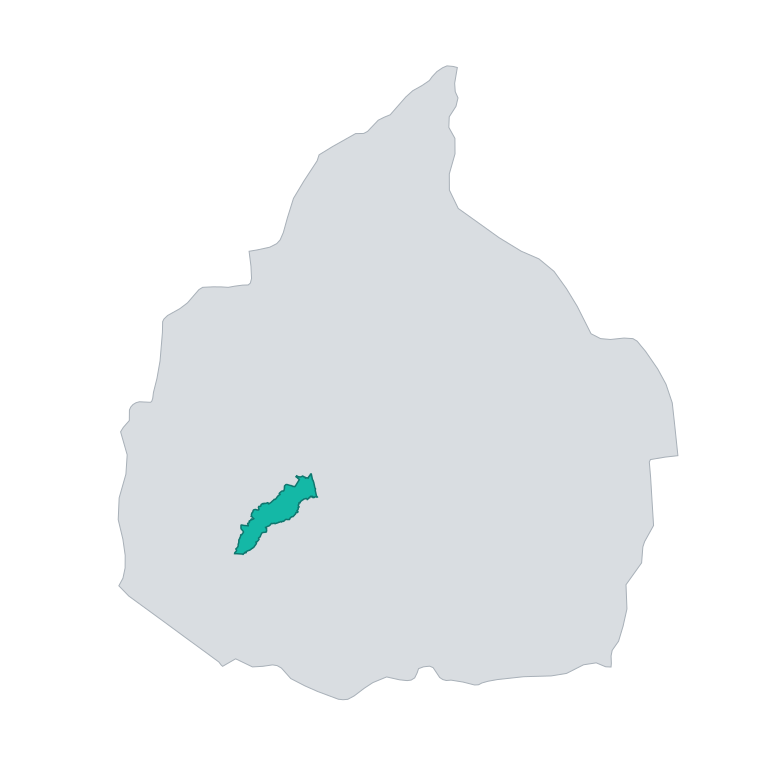 Chivi, Masvingo, Zimbabwe (highlighted), rotated 84°
{"feature_id": "62879985B12004776276546", "entity_name": "Chivi", "entity_type": "district", "adm_level": 2, "iso_a3": "ZWE", "parent_name": "Zimbabwe", "parent_adm1": "Masvingo", "projection": "mercator", "projection_center": [30.666, -20.5], "detail": "fine", "context": "in_parent", "style": "filled", "palette": "teal", "viewbox_px": 768, "rotation_deg": 84, "n_neighbors": 0, "source": "geoboundaries", "source_scale": "gbopen_adm2", "svg_char_len": 7982}
<svg xmlns="http://www.w3.org/2000/svg" viewBox="0 0 768 768"><g transform="rotate(84 384 384)"><path d="M557.0,668.8L549.8,663.9L539.9,660.7L527.4,659.3L511.1,659.9L491.1,662.5L469.6,659.3L446.7,650.1L427.6,646.8L404.9,650.8L403.9,650.9L399.9,647.8L393.7,641.1L383.3,639.9L380.5,638.3L378.2,635.8L376.7,632.6L376.1,629.1L377.8,618.1L376.9,616.8L374.1,615.5L368.4,614.2L354.7,609.2L337.6,604.3L309.7,599.0L298.8,597.6L296.3,596.0L293.2,592.0L287.8,579.3L282.8,571.0L270.8,558.2L268.9,554.2L269.5,544.0L270.4,535.8L271.6,528.8L271.1,522.2L270.9,514.1L271.3,508.7L269.7,506.4L265.3,504.7L252.9,504.0L237.9,504.3L237.4,496.1L236.0,483.3L233.2,476.0L229.8,472.2L222.9,468.3L208.9,462.8L189.9,454.6L173.7,442.4L155.1,427.2L149.3,424.6L142.5,410.4L132.0,386.1L132.7,378.0L131.1,374.0L121.0,362.1L118.7,355.9L116.9,349.7L100.8,332.3L95.3,324.7L91.1,314.9L86.9,307.1L83.4,304.0L78.8,298.7L75.6,292.6L74.2,288.1L75.4,282.1L76.9,278.0L92.3,282.3L100.7,282.6L107.2,280.5L115.4,283.4L125.1,291.2L135.6,292.7L147.1,287.8L162.5,289.3L181.9,297.1L198.0,298.7L217.2,291.8L234.3,272.5L250.4,254.4L266.3,233.6L275.8,216.8L289.8,203.1L308.2,192.6L327.0,183.7L355.8,172.8L355.7,172.8L361.5,163.9L363.4,154.1L363.4,140.5L364.9,131.7L367.9,127.7L372.7,124.6L378.8,120.5L397.7,110.2L413.6,103.6L432.9,99.3L454.0,99.2L474.4,99.2L486.0,99.2L486.1,112.2L487.0,126.9L489.3,128.3L504.6,128.6L529.2,129.7L552.9,130.7L568.0,141.3L573.1,143.6L588.8,146.5L608.9,164.3L633.1,165.9L649.7,171.5L664.3,177.6L672.7,184.9L678.2,186.6L685.6,187.1L689.2,187.8L688.4,193.1L683.5,202.1L684.1,214.9L690.9,232.7L691.8,248.2L689.7,275.6L689.8,302.2L690.5,311.7L691.6,318.0L693.0,321.4L692.8,325.4L688.7,336.5L685.5,348.3L685.4,353.0L684.1,356.4L681.7,359.3L671.2,364.8L669.4,368.1L669.4,374.2L670.7,379.4L674.7,381.2L679.5,384.2L681.3,388.0L681.4,392.0L679.8,399.5L675.6,412.0L679.8,426.3L684.6,435.6L691.1,446.3L693.8,453.0L693.7,457.8L692.7,462.4L682.9,482.1L675.9,494.3L667.2,507.5L655.8,515.7L652.9,519.7L651.7,524.2L652.1,534.1L651.6,544.4L641.8,560.3L647.9,574.0L646.5,575.3L643.2,577.3L629.2,592.7L615.0,608.4L604.6,619.8L592.8,632.8L579.6,647.4L568.3,659.9L557.0,668.8Z" fill="#d9dde1" stroke="#a8b0b8" stroke-width="1"/><path d="M538.7,542.0L538.7,541.9L538.4,541.8L537.9,541.0L537.5,540.5L537.6,540.4L537.5,540.2L537.1,539.9L537.4,539.6L537.4,538.9L537.3,538.7L537.0,538.6L536.8,538.8L536.7,539.1L535.6,537.0L535.6,536.6L535.4,536.0L535.3,535.1L535.0,534.5L534.2,533.1L533.9,532.9L533.6,531.8L533.3,531.6L532.9,530.9L532.2,529.9L531.5,529.6L531.1,529.1L530.8,528.9L530.3,528.3L530.1,528.3L529.7,527.9L529.0,527.5L528.6,527.4L528.4,527.4L528.1,527.8L527.9,527.9L527.7,527.5L527.6,527.2L527.5,526.8L527.3,526.4L526.4,525.4L525.6,524.6L525.3,524.5L524.5,524.9L524.2,524.9L523.8,524.5L523.6,524.2L523.3,523.5L523.1,523.2L522.4,522.8L521.6,522.5L521.1,522.1L520.3,521.7L520.0,521.4L519.3,520.9L519.1,520.6L519.1,519.9L519.0,519.6L519.0,518.6L519.1,517.7L518.9,517.1L518.9,516.6L518.8,516.4L518.6,516.3L518.2,516.5L518.0,516.4L517.4,516.0L517.2,516.0L516.4,516.1L516.2,516.1L515.9,515.9L515.5,515.9L515.3,515.9L515.0,516.2L514.7,516.7L514.2,516.8L514.0,515.8L513.7,515.3L513.4,514.6L513.1,513.2L512.9,512.8L512.4,512.1L512.1,511.7L511.2,510.9L511.0,510.7L510.9,510.5L511.0,510.2L511.2,509.6L511.1,509.0L511.1,508.8L511.1,508.2L511.0,507.8L511.2,507.6L511.2,507.3L511.5,507.0L511.5,506.5L511.3,506.0L511.2,505.5L511.0,504.3L510.8,503.7L510.4,502.9L510.5,502.5L510.5,502.1L510.0,500.9L510.1,500.6L510.5,500.3L510.3,499.9L510.1,499.5L509.9,498.9L509.9,498.7L510.1,498.4L510.0,498.0L508.5,496.1L508.4,495.8L508.4,495.2L508.7,494.6L508.7,494.4L508.7,493.5L508.9,492.8L508.9,492.3L508.8,492.1L507.7,491.5L507.0,490.6L506.9,490.4L506.4,489.9L506.4,489.7L506.4,488.4L506.2,488.1L505.9,487.9L505.7,487.6L505.4,487.1L505.1,486.8L504.5,486.3L504.2,485.8L503.6,485.3L503.0,485.2L502.7,485.0L502.6,484.6L502.7,484.0L502.8,483.7L502.5,483.2L502.3,483.0L502.1,482.9L501.7,483.0L501.4,483.2L501.3,483.6L501.0,483.8L500.8,483.7L500.7,483.4L500.2,483.1L499.6,482.5L498.8,482.3L498.2,482.2L498.0,482.3L497.8,482.3L497.7,482.1L497.7,481.7L497.5,481.4L497.4,481.3L497.2,481.3L497.0,481.6L496.7,481.7L496.4,481.9L496.1,481.9L495.7,481.8L495.4,481.9L495.2,481.8L495.0,481.4L494.6,481.2L494.3,481.2L493.9,481.2L493.5,481.1L493.3,481.0L493.3,480.7L493.2,480.6L493.5,480.3L493.4,479.9L492.4,479.4L491.9,478.8L491.5,478.3L491.4,478.0L491.1,477.7L490.9,477.1L490.7,476.9L490.5,476.3L489.9,475.4L489.9,475.2L490.0,474.6L489.7,473.8L489.7,473.3L489.8,473.2L490.6,472.5L490.7,472.3L490.9,472.3L490.9,472.2L489.9,471.1L489.7,470.6L489.2,470.3L489.2,469.6L488.7,469.5L488.0,468.5L488.6,467.8L488.3,467.7L488.1,467.4L488.2,467.0L488.6,466.4L489.5,466.5L489.6,465.7L489.5,465.0L489.0,464.6L489.1,463.9L488.9,463.2L489.6,462.5L489.4,462.1L488.8,462.5L488.8,462.8L482.7,463.5L481.0,463.1L480.1,463.6L477.0,463.9L474.4,464.2L473.6,464.4L472.3,464.7L471.9,465.1L465.9,465.7L465.8,465.9L465.8,466.1L465.9,466.5L466.5,466.8L466.7,467.0L466.9,467.1L467.2,467.4L467.5,467.4L467.8,467.5L467.8,467.8L468.0,468.3L468.3,468.5L468.5,468.6L469.2,469.1L469.6,469.2L469.7,469.4L469.6,469.5L469.4,469.7L469.2,470.5L469.3,470.8L469.3,471.0L469.2,471.2L469.4,471.7L469.4,472.0L469.2,472.1L468.8,472.1L468.5,472.2L468.5,472.3L468.4,472.5L468.1,472.8L468.0,473.4L467.8,473.7L467.7,473.9L467.4,474.0L467.0,474.4L467.0,474.5L467.3,475.1L467.4,475.6L467.5,475.9L467.7,476.5L467.7,476.8L467.5,478.0L467.2,478.6L467.3,478.9L467.3,479.2L467.2,479.3L467.2,479.6L466.8,479.7L466.6,479.8L466.2,480.5L466.4,480.6L466.7,480.7L466.8,480.8L466.9,481.2L467.1,481.2L467.9,480.3L470.2,478.2L476.6,483.1L476.6,483.3L476.5,483.8L476.7,484.0L476.3,485.0L476.3,485.5L476.0,485.6L475.8,486.0L475.7,486.5L475.3,487.0L475.2,487.1L475.2,487.3L475.2,487.7L473.8,491.0L473.8,491.7L473.8,492.1L474.3,492.7L474.7,493.2L475.0,493.6L475.3,493.7L476.2,493.7L476.7,493.8L476.9,494.0L477.3,493.9L479.4,494.6L479.7,494.9L479.8,495.0L479.9,495.6L479.8,496.0L479.8,496.6L480.1,497.3L481.4,499.1L481.9,499.6L482.5,499.3L482.8,499.0L482.9,498.9L483.1,499.0L483.4,499.9L483.7,500.2L483.9,500.7L484.0,500.9L484.3,501.1L485.5,502.4L485.8,502.5L486.9,503.6L487.4,504.2L487.4,504.5L487.2,505.1L487.3,505.4L488.0,506.0L488.8,507.3L489.8,508.5L490.3,509.4L490.9,510.5L491.1,510.9L491.2,511.2L491.1,511.5L490.5,511.5L490.1,511.7L489.9,512.0L489.9,512.3L489.9,512.5L490.2,513.1L490.3,513.7L490.4,514.3L490.3,514.7L490.2,515.0L490.2,515.4L490.3,515.6L490.6,516.1L490.4,516.6L490.2,516.7L490.3,516.9L490.3,517.4L490.7,518.0L490.9,518.6L491.6,519.1L492.4,519.2L492.6,519.4L492.8,519.8L492.8,520.2L492.6,520.9L492.6,521.1L492.8,521.4L493.1,521.6L493.7,521.8L495.2,521.5L495.5,521.5L495.8,521.6L496.1,521.9L496.1,522.6L496.0,523.3L495.9,523.7L495.4,524.6L495.3,525.3L495.4,525.8L495.5,526.6L496.0,527.3L496.7,527.5L497.6,527.9L498.1,528.4L498.3,528.7L499.0,529.1L500.0,529.5L500.9,529.5L501.5,529.6L501.7,529.9L502.0,529.6L502.4,529.0L502.6,528.9L504.2,527.8L504.4,527.6L504.8,528.4L505.0,529.2L504.4,529.7L504.7,530.3L505.0,530.6L505.6,530.6L505.8,531.0L506.1,532.2L506.3,532.4L506.4,532.5L506.7,532.5L507.4,532.3L507.7,532.5L507.9,532.8L508.1,533.2L508.3,534.0L508.6,534.2L509.4,534.0L510.1,533.8L510.5,533.7L510.8,533.8L510.9,534.0L510.6,534.8L510.4,535.9L510.3,536.6L510.2,537.3L509.7,539.2L509.4,539.9L509.3,540.7L509.4,540.8L509.6,541.0L510.3,541.0L510.7,541.1L511.0,541.2L512.5,541.3L513.2,541.2L513.7,540.8L514.5,540.3L515.3,539.7L515.9,539.4L516.5,539.2L516.7,539.3L517.7,540.1L519.1,541.4L519.2,541.6L519.0,541.9L519.0,542.2L519.1,542.3L519.3,542.4L519.8,542.4L520.1,542.5L521.2,542.9L521.8,543.4L522.6,543.6L523.2,544.2L523.8,544.6L524.8,544.8L525.9,544.9L526.6,545.1L527.2,545.3L528.1,545.8L528.8,545.8L529.9,546.0L530.6,546.4L531.2,546.9L531.6,547.3L532.4,548.4L532.6,548.6L532.8,548.5L533.4,548.2L533.6,548.1L534.0,548.0L534.5,548.2L534.8,548.4L535.1,548.7L535.8,549.6L536.1,549.9L536.4,550.1L537.1,550.3L537.2,549.8L537.3,548.6L538.4,542.1L538.7,542.0Z" fill="#14b8a6" stroke="#0f766e" stroke-width="1.5"/></g></svg>